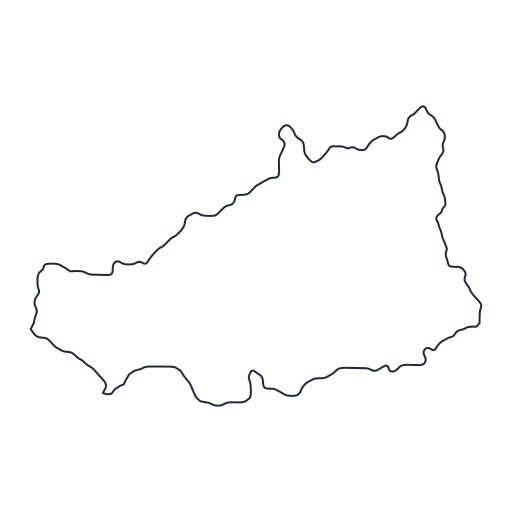 outline of Jarabacoa, La Vega, Dominican Republic
{"feature_id": "3306468B89107795210133", "entity_name": "Jarabacoa", "entity_type": "district", "adm_level": 2, "iso_a3": "DOM", "parent_name": "Dominican Republic", "parent_adm1": "La Vega", "projection": "natural_earth1", "projection_center": [-70.715, 19.099], "detail": "fine", "context": "isolated", "style": "outline", "palette": "slate", "viewbox_px": 512, "rotation_deg": 0, "n_neighbors": 0, "source": "geoboundaries", "source_scale": "gbopen_adm2", "svg_char_len": 6061}
<svg xmlns="http://www.w3.org/2000/svg" viewBox="0 0 512 512"><path d="M123.6,384.5L125.5,380.6L128.4,375.5L129.7,373.9L133.7,371.3L134.9,370.6L140.6,369.1L144.3,367.3L146.7,366.7L150.0,366.5L169.5,366.6L173.6,366.9L175.2,367.4L176.4,368.0L179.8,370.3L181.3,371.8L183.7,375.7L189.6,383.2L190.5,384.7L195.1,395.5L196.5,397.6L198.8,400.0L200.1,401.0L201.6,401.6L208.8,402.8L214.1,405.2L216.5,405.6L219.8,405.6L222.2,405.0L225.9,403.1L228.2,402.5L231.6,402.3L240.1,402.4L243.4,402.0L245.5,401.2L249.3,398.5L250.1,397.3L250.6,395.8L250.8,393.2L250.9,390.6L250.5,384.2L249.9,381.7L248.9,378.4L248.8,377.1L249.1,375.8L250.0,373.3L250.9,371.6L251.9,370.8L253.2,370.6L254.4,371.1L257.3,373.3L259.8,374.8L260.9,375.8L261.8,377.0L262.7,379.2L263.2,384.3L263.5,385.9L264.3,387.2L264.8,387.7L265.4,388.1L266.8,388.5L273.1,388.8L275.4,389.4L281.8,392.8L284.8,394.6L287.0,395.4L291.0,395.9L295.1,395.7L297.4,395.0L299.1,393.7L300.3,391.9L301.5,389.0L302.8,386.9L304.8,384.4L307.3,382.3L313.0,379.3L314.4,378.7L316.8,378.4L323.3,378.1L325.6,377.6L331.9,374.2L333.2,373.2L337.4,369.5L338.7,368.7L340.3,368.2L342.7,367.9L345.2,367.8L365.6,368.2L368.8,368.7L372.5,370.5L374.5,370.9L376.6,370.5L384.3,366.1L385.4,365.6L386.0,365.6L387.2,365.8L388.1,366.7L389.0,369.4L389.6,370.5L390.6,371.2L392.6,371.6L394.0,371.3L395.3,370.7L396.6,369.8L400.1,366.5L401.4,365.7L402.9,365.2L405.1,364.9L407.4,364.8L418.9,365.1L420.5,365.0L422.1,364.7L422.8,364.4L424.0,363.6L424.9,362.5L425.5,361.1L425.7,359.5L425.5,358.0L424.1,355.0L423.7,353.6L423.6,352.8L423.8,351.2L424.1,350.5L424.9,349.3L425.9,348.4L427.3,348.0L428.6,348.0L429.8,348.5L432.5,349.9L433.7,350.0L434.3,349.9L435.3,349.2L437.1,346.4L438.6,344.4L440.3,342.6L441.5,341.6L448.5,337.8L451.8,336.8L453.0,336.2L453.9,335.4L455.8,332.7L456.8,331.7L458.0,330.9L459.3,330.3L463.5,329.2L466.6,327.6L468.0,327.1L471.0,326.7L476.4,326.7L479.5,323.2L479.7,313.5L480.1,310.2L481.3,306.3L481.2,304.9L480.9,304.2L480.2,302.9L479.3,301.6L474.2,296.0L472.0,293.3L470.7,291.2L469.0,287.5L465.3,282.1L464.7,280.6L464.5,279.0L464.7,277.6L465.5,275.2L465.6,273.9L465.3,272.5L464.1,270.5L462.5,268.7L460.5,267.4L458.2,266.9L453.0,266.8L450.9,266.5L449.6,266.0L448.7,265.0L448.1,263.7L447.3,260.0L446.0,256.6L445.7,255.1L445.8,252.9L446.7,249.8L446.8,249.1L446.6,247.8L444.5,242.3L442.6,238.2L441.2,231.8L439.4,227.6L438.0,222.5L436.8,220.7L436.4,219.5L436.3,218.2L436.5,217.5L437.1,216.2L438.4,214.8L440.8,212.8L441.5,211.7L442.6,208.5L443.3,207.6L444.9,205.9L445.4,204.8L445.4,204.2L445.1,199.9L444.7,197.4L444.2,195.9L442.6,192.5L441.2,186.1L439.5,181.9L439.0,179.5L438.1,172.8L436.6,168.7L436.2,166.4L436.6,164.1L439.3,157.9L442.5,153.2L443.4,151.2L443.5,149.9L442.8,146.8L442.6,145.3L443.0,143.2L444.4,139.8L444.8,138.2L444.9,136.6L444.7,134.9L444.0,132.7L442.7,130.9L440.2,128.9L439.3,127.9L436.5,122.8L435.0,119.3L433.7,117.5L432.1,116.0L429.7,114.5L428.1,113.1L427.0,111.3L425.9,108.7L424.7,107.1L423.6,106.4L422.3,106.4L421.6,106.6L420.4,107.5L414.6,113.4L413.4,114.4L410.8,115.8L409.3,117.3L408.4,118.5L407.9,119.9L406.9,124.6L406.3,126.1L405.5,127.6L404.0,129.5L401.6,131.7L397.6,134.0L393.5,137.6L392.3,138.4L391.0,138.8L389.8,138.7L388.8,138.2L387.2,136.8L385.3,136.3L382.4,136.1L380.9,136.3L379.4,136.7L373.1,140.1L371.8,141.1L369.1,144.1L365.8,149.0L364.6,149.7L363.3,150.0L361.1,150.1L358.9,149.8L357.5,149.3L354.5,147.7L353.2,147.3L351.2,147.3L349.0,148.1L347.9,148.3L346.7,148.1L343.7,146.9L342.3,146.6L338.5,146.3L332.2,146.3L331.0,146.7L330.0,147.4L327.7,150.9L325.7,153.5L321.3,158.3L320.1,159.4L318.8,160.2L314.6,162.2L313.4,162.3L312.1,162.0L310.4,160.7L308.2,158.3L306.2,155.8L304.9,153.6L304.3,151.2L303.8,145.4L303.5,143.8L302.9,142.3L302.1,141.1L300.5,139.7L298.1,138.2L296.5,136.8L295.2,135.1L294.0,132.2L293.2,130.7L291.8,128.7L290.2,126.8L288.9,125.9L287.5,125.3L286.0,125.3L285.2,125.5L283.8,126.2L282.6,127.2L280.5,129.7L279.3,132.0L279.0,133.6L279.1,136.0L279.5,137.4L280.3,138.5L282.3,139.9L283.7,141.4L284.3,142.7L284.5,143.4L284.6,145.0L284.0,147.2L279.8,156.0L279.3,157.6L279.0,159.3L278.9,162.0L279.1,171.1L278.9,173.6L278.6,175.2L277.9,176.5L276.8,177.2L275.5,177.6L272.0,177.9L269.8,178.3L262.8,181.9L259.8,183.8L257.2,185.1L256.0,186.0L249.8,192.3L248.5,193.4L247.2,194.1L245.0,194.7L238.4,195.0L236.5,195.6L236.0,196.1L235.4,197.2L234.3,201.4L233.6,202.6L232.6,203.7L230.8,204.8L226.6,205.9L224.7,207.0L222.9,208.5L218.4,213.2L217.2,214.2L215.9,215.1L214.5,215.6L212.2,215.9L208.3,215.9L204.5,215.7L201.5,215.1L197.8,213.2L196.5,212.8L195.1,212.8L193.7,213.1L188.2,216.1L187.1,217.0L185.8,218.8L185.3,220.2L184.4,225.0L183.8,226.5L182.5,228.6L180.5,231.1L178.2,233.5L176.5,235.1L175.2,236.0L172.6,237.3L170.7,238.7L163.9,245.5L162.6,246.4L159.4,248.2L157.5,249.7L152.3,255.3L149.2,259.3L146.9,262.8L146.4,263.3L145.3,263.7L144.0,263.6L140.8,262.0L138.7,261.8L137.4,262.2L134.4,263.7L133.0,264.1L130.0,264.4L126.9,264.4L124.6,264.1L123.1,263.7L118.9,261.5L117.5,261.3L116.1,261.6L115.5,261.9L114.4,262.8L113.3,264.7L112.8,267.1L112.6,271.7L112.1,273.1L111.8,273.7L111.2,274.2L109.9,274.8L108.5,275.0L106.2,275.0L91.2,274.6L88.0,273.8L84.2,272.0L81.9,271.3L76.9,271.0L70.2,271.3L65.5,268.1L62.9,266.7L59.8,264.9L58.4,264.3L56.9,264.0L54.4,263.7L48.8,263.7L46.6,264.0L45.3,264.5L44.7,265.0L44.0,266.1L43.2,268.5L42.6,269.6L40.2,271.7L38.9,273.3L38.2,274.7L37.7,276.4L37.5,278.1L37.5,283.7L37.8,286.3L38.2,288.0L39.0,290.6L39.1,291.9L39.0,292.6L38.4,293.9L35.4,298.4L34.9,300.0L34.6,301.6L34.6,303.3L34.8,304.9L35.3,306.4L36.4,309.0L36.7,310.4L36.8,312.0L36.2,314.2L34.9,317.6L34.1,321.6L33.7,323.2L30.7,329.1L33.9,333.6L35.4,335.2L37.1,336.5L39.2,337.3L45.1,338.0L47.3,338.8L49.1,340.3L54.1,345.7L55.9,347.3L62.2,350.8L64.3,351.5L70.2,352.2L72.3,353.1L74.1,354.4L77.9,357.9L81.1,359.7L82.3,360.5L87.3,365.0L90.5,366.8L92.3,368.1L95.0,370.8L102.9,379.6L104.3,381.3L105.5,383.3L106.0,385.3L105.8,387.2L105.3,388.6L103.8,391.2L103.0,393.1L105.0,393.8L107.2,394.2L109.3,394.2L110.7,393.9L111.8,393.2L112.3,392.8L114.2,390.0L116.2,388.2L121.6,385.1L123.6,384.5Z" fill="none" stroke="#1e293b" stroke-width="2"/></svg>